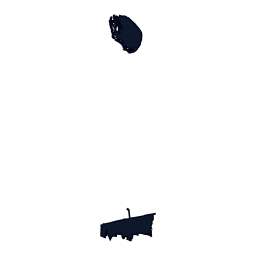 the district of Progreso, Yucatán, Mexico
{"feature_id": "50627088B147152783463", "entity_name": "Progreso", "entity_type": "district", "adm_level": 2, "iso_a3": "MEX", "parent_name": "Mexico", "parent_adm1": "Yucatán", "projection": "orthographic", "projection_center": [-89.747, 21.878], "detail": "fine", "context": "isolated", "style": "filled", "palette": "ink", "viewbox_px": 256, "rotation_deg": 0, "n_neighbors": 0, "source": "geoboundaries", "source_scale": "gbopen_adm2", "svg_char_len": 5706}
<svg xmlns="http://www.w3.org/2000/svg" viewBox="0 0 256 256"><path d="M155.0,213.7L145.8,215.2L143.4,216.1L136.3,217.4L132.4,218.0L129.7,218.2L129.5,216.0L128.8,209.5L128.2,209.1L127.3,209.0L127.0,209.2L127.3,209.0L127.3,209.5L128.1,209.6L128.3,209.4L128.7,209.5L128.8,210.0L128.7,210.1L128.1,210.1L128.5,210.1L128.5,210.3L128.8,210.4L129.7,218.3L128.9,218.8L128.2,219.0L125.4,219.4L125.2,219.4L125.2,219.2L124.3,219.1L124.0,219.6L114.8,221.6L113.7,222.0L111.8,222.4L110.9,222.8L104.6,224.1L103.9,224.0L104.1,224.4L101.1,225.3L101.6,226.8L101.3,226.7L101.0,235.8L105.2,237.5L105.4,235.3L106.6,235.4L105.7,230.9L107.1,231.0L107.0,231.7L110.2,239.6L111.5,237.1L112.6,235.8L116.2,236.2L116.4,233.9L120.6,234.3L120.8,233.7L121.6,233.6L122.6,237.8L123.5,238.4L123.6,237.9L124.2,238.0L124.4,236.4L127.5,236.8L127.2,239.3L129.3,239.6L129.4,240.2L130.3,240.1L130.4,240.6L130.8,240.6L131.1,240.3L131.2,239.3L130.3,239.2L130.3,238.5L131.3,238.4L131.4,238.2L132.0,238.3L131.8,237.0L132.5,237.0L132.6,235.7L132.3,235.7L132.2,234.1L136.2,234.5L137.9,235.0L138.0,233.1L140.5,233.1L142.1,233.3L144.0,234.0L148.0,234.6L148.9,235.0L149.0,234.6L149.9,234.9L148.7,233.4L149.4,233.2L149.5,233.7L150.6,234.8L150.0,235.0L151.0,236.3L151.4,236.0L151.4,235.6L151.1,232.8L151.2,230.7L150.7,230.1L150.0,228.2L151.4,228.5L151.1,227.9L150.9,226.6L151.0,225.7L152.0,223.2L151.7,221.3L153.1,219.5L153.0,214.3L155.0,214.1L155.0,213.7ZM122.4,16.3L119.7,15.6L119.8,17.5L118.4,17.3L117.7,16.7L117.3,17.4L116.6,16.9L116.3,16.2L115.5,16.4L114.2,19.3L114.3,19.7L114.9,20.2L114.9,20.6L114.6,20.7L112.5,21.1L111.5,21.5L111.8,22.0L111.7,22.8L111.9,23.0L111.9,24.1L112.2,24.4L112.5,23.9L112.2,22.4L112.4,21.7L113.3,21.6L113.6,22.3L114.0,22.5L115.2,22.0L115.4,21.4L115.7,21.2L115.5,20.6L115.9,19.3L115.8,18.2L116.2,17.4L116.7,20.2L116.3,23.2L116.9,25.0L117.2,25.3L117.0,23.5L117.1,22.5L117.5,21.3L118.0,20.6L118.0,19.3L118.2,19.0L119.0,21.9L119.0,22.8L119.4,24.3L119.7,23.8L119.6,23.0L120.0,23.2L120.3,23.0L120.5,24.2L120.7,25.0L121.0,25.3L121.1,24.9L121.2,25.0L121.4,26.1L122.1,26.9L121.8,28.6L121.3,28.4L120.7,28.5L119.7,30.3L119.3,31.3L119.3,32.0L120.1,33.5L120.0,34.1L119.9,34.1L119.5,33.4L119.1,33.6L118.8,32.2L118.2,32.1L117.8,31.4L117.1,31.8L116.1,30.9L115.8,30.8L115.6,31.8L115.1,30.9L114.8,30.9L114.6,32.5L114.8,33.1L115.9,35.6L117.0,36.7L116.8,37.0L116.0,37.5L115.8,37.8L116.4,37.7L117.6,36.9L117.9,36.9L118.5,38.5L119.5,39.3L121.8,40.5L123.5,42.0L123.6,42.7L122.8,43.0L121.8,42.2L120.5,42.3L121.0,42.0L120.2,41.7L119.0,40.6L118.7,40.7L119.0,41.1L118.9,41.3L118.0,41.5L119.3,42.2L120.4,43.2L120.9,43.3L121.6,44.3L122.6,44.8L122.4,45.3L123.3,46.0L123.4,46.4L123.1,46.4L123.1,47.0L124.2,48.0L124.3,48.7L123.8,49.0L124.6,49.3L125.1,49.0L125.4,48.5L125.1,47.0L124.6,46.5L124.6,46.1L125.4,46.3L126.1,46.2L126.1,46.6L126.5,46.7L127.0,47.4L127.5,47.3L128.1,47.9L129.0,47.9L129.5,48.5L130.2,48.8L129.5,49.3L128.0,49.8L128.7,50.2L129.3,50.2L129.7,49.7L130.4,49.4L130.7,48.9L131.9,48.7L133.0,48.3L132.4,49.0L130.6,49.5L130.1,49.9L130.0,50.4L130.8,50.8L132.7,50.1L132.9,50.2L132.7,50.8L131.0,51.3L130.2,52.6L131.0,52.7L131.8,52.1L133.7,52.0L135.3,50.9L137.1,49.1L137.6,47.9L138.6,46.9L140.1,44.5L140.3,42.5L141.1,40.8L141.4,39.4L141.7,34.8L141.3,32.4L138.7,28.4L136.1,25.6L135.3,24.4L128.6,18.1L127.0,17.5L126.3,16.9L124.5,16.1L122.4,16.3ZM112.0,29.6L113.0,29.9L112.8,29.2L111.3,26.8L110.8,23.4L110.3,22.6L110.5,21.4L110.0,20.4L109.7,20.4L109.6,20.8L109.5,21.9L110.0,23.2L110.1,25.2L110.4,25.8L110.8,27.9L112.0,29.6ZM113.8,36.2L113.9,33.7L113.7,33.1L113.0,31.9L111.6,30.2L111.6,31.7L113.2,34.5L112.5,34.1L112.9,35.6L112.5,35.6L112.3,35.8L113.0,36.4L114.0,37.0L113.8,36.2ZM116.2,25.5L115.8,25.5L115.2,26.0L115.2,26.9L114.7,26.9L114.9,28.7L115.6,27.9L115.6,27.0L116.1,27.3L116.0,26.4L116.3,25.9L116.2,25.5ZM127.4,49.8L126.3,49.5L126.3,48.8L126.1,48.3L125.9,48.5L125.9,49.4L125.6,49.7L125.6,50.0L126.8,50.6L127.6,50.7L127.3,50.1L127.4,49.8ZM114.0,19.3L114.3,17.7L114.8,16.7L114.4,15.9L113.9,17.0L113.8,17.9L113.6,18.4L114.0,19.3ZM118.9,30.3L119.3,30.4L119.5,29.4L119.3,28.5L118.9,28.3L118.6,29.5L118.9,30.3ZM118.7,27.4L118.8,27.0L118.7,26.1L118.8,24.6L118.6,24.1L118.2,25.9L118.5,27.4L118.7,27.4ZM129.3,52.2L128.6,51.2L127.8,51.1L127.9,51.6L128.5,51.9L129.1,52.7L129.4,52.6L130.0,51.8L129.6,51.8L129.3,52.2ZM113.8,37.7L112.9,36.9L112.5,37.2L113.6,38.4L114.4,38.4L114.5,37.9L113.8,37.7ZM116.7,40.3L115.4,39.7L114.7,39.7L116.1,40.3L116.8,41.0L117.7,40.7L117.8,40.5L116.7,40.3ZM113.4,26.5L113.5,25.3L113.2,24.8L113.0,24.7L112.8,25.9L113.4,26.5ZM113.8,20.8L113.5,20.6L112.3,20.7L111.5,20.5L110.9,20.8L111.3,21.3L112.7,20.8L113.8,20.8ZM119.7,26.1L119.9,25.2L119.6,24.7L119.4,24.9L119.4,25.8L119.5,26.0L119.7,26.1ZM117.7,41.3L118.8,41.2L118.2,40.7L117.5,40.9L117.7,41.3ZM113.6,16.7L113.8,16.7L114.2,15.4L113.7,15.4L113.6,15.6L113.6,16.7ZM110.6,20.4L110.9,20.1L110.7,19.1L110.5,18.8L110.4,19.8L110.4,20.3L110.6,20.4ZM120.6,28.3L120.8,27.6L120.1,26.9L120.4,28.2L120.6,28.3ZM115.4,30.6L115.8,29.9L115.3,28.9L115.1,29.2L115.4,30.6ZM118.1,22.5L118.2,21.6L118.0,21.2L117.8,21.3L117.8,22.3L117.9,22.6L118.1,22.5ZM115.2,24.7L115.4,24.6L115.3,24.2L114.8,23.4L114.9,24.5L115.2,24.7ZM118.1,39.2L118.1,38.8L117.8,38.8L117.4,38.8L117.1,39.2L117.3,39.4L117.5,39.2L118.1,39.2ZM118.5,21.1L118.4,22.2L118.5,22.7L118.8,21.3L118.5,21.1ZM125.4,49.6L125.7,48.9L125.6,48.5L125.3,49.2L124.9,49.7L125.4,49.6ZM111.7,18.5L111.7,17.2L111.4,17.1L111.3,17.6L111.7,18.5ZM115.5,23.3L115.8,23.1L115.5,22.9L115.3,22.4L115.1,22.9L115.5,23.3ZM130.1,51.9L130.6,51.4L130.7,51.1L130.5,50.9L130.3,51.1L130.1,51.9ZM111.3,19.1L111.4,18.6L111.1,18.2L111.0,18.6L111.3,19.1ZM114.3,20.4L114.1,20.1L114.1,20.5L114.8,20.5L114.7,20.4L114.3,20.4Z" fill="#0f172a" stroke="#020617" stroke-width="1.5"/></svg>